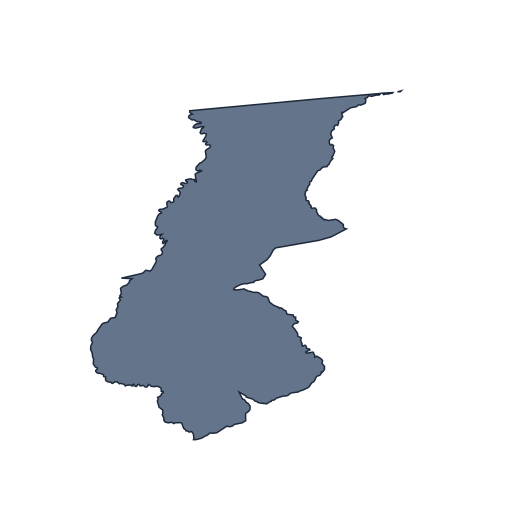 the district of Coxim, Mato Grosso do Sul, Brazil, rotated 73°
{"feature_id": "56859067B2559319027798", "entity_name": "Coxim", "entity_type": "district", "adm_level": 2, "iso_a3": "BRA", "parent_name": "Brazil", "parent_adm1": "Mato Grosso do Sul", "projection": "equal_earth", "projection_center": [-54.652, -18.188], "detail": "fine", "context": "isolated", "style": "filled", "palette": "slate", "viewbox_px": 512, "rotation_deg": 73, "n_neighbors": 0, "source": "geoboundaries", "source_scale": "gbopen_adm2", "svg_char_len": 6154}
<svg xmlns="http://www.w3.org/2000/svg" viewBox="0 0 512 512"><g transform="rotate(73 256 256)"><path d="M382.0,222.7L377.6,224.3L375.6,222.9L374.8,223.1L372.8,224.2L369.6,227.1L369.9,229.5L368.0,228.8L366.4,229.4L365.2,229.2L364.5,229.7L363.8,235.6L363.3,236.5L362.3,236.5L361.6,231.9L360.6,232.1L359.3,234.4L356.2,234.6L355.6,235.5L355.8,237.3L355.4,238.2L353.5,237.6L349.9,238.0L347.4,236.6L345.4,239.0L344.4,239.5L342.2,238.8L337.0,240.4L334.2,241.9L332.6,240.5L331.9,239.1L332.2,235.8L331.2,234.7L328.9,236.9L326.1,235.9L325.2,237.8L323.3,237.6L320.7,243.5L317.4,243.3L315.9,245.0L313.5,246.6L312.8,247.5L312.8,249.2L311.9,249.1L308.3,253.5L304.2,256.5L299.1,256.8L297.8,258.1L296.5,260.9L292.2,263.9L291.0,265.7L289.8,269.6L288.4,271.3L287.2,273.7L285.9,274.8L285.5,275.9L284.1,276.7L282.8,284.6L281.6,287.1L280.5,286.4L279.5,283.5L278.8,278.4L279.1,274.7L279.9,272.8L280.0,268.5L280.6,266.1L279.6,264.5L279.4,262.8L279.8,261.4L279.8,256.2L276.4,252.2L265.6,255.2L262.7,246.4L259.9,242.3L255.1,237.5L254.0,234.7L259.4,191.5L259.7,178.8L256.5,161.7L255.3,163.4L254.2,164.0L251.4,163.3L246.4,166.6L244.2,169.1L243.2,176.4L241.2,179.3L241.3,180.4L239.5,181.2L239.1,182.0L238.3,181.8L237.8,182.7L236.8,182.8L235.7,184.3L231.2,185.1L229.5,184.5L228.6,184.9L227.4,185.4L226.6,188.8L225.6,189.3L224.9,188.7L223.2,189.0L221.2,190.3L220.5,189.5L218.7,189.6L217.7,191.6L216.2,191.6L214.7,190.9L212.4,191.5L209.1,189.9L208.5,189.4L207.9,187.6L207.1,187.9L204.4,185.5L203.4,183.8L201.1,183.1L200.6,181.2L199.1,180.1L192.5,172.0L192.5,169.6L190.9,167.0L190.6,165.5L191.3,162.0L190.4,161.2L189.7,159.3L187.5,157.6L185.2,154.0L184.4,154.8L183.4,154.5L182.9,153.3L179.0,150.1L175.2,150.6L173.0,149.5L171.4,151.1L171.6,152.3L169.3,152.9L167.0,152.1L165.9,150.7L165.4,148.5L161.1,148.9L158.3,146.8L157.5,144.0L155.2,143.6L154.1,141.7L154.3,140.5L155.0,139.8L153.1,138.2L150.9,137.5L150.3,134.9L147.8,132.2L146.8,132.7L145.0,132.0L144.3,132.3L143.7,131.3L144.4,130.8L141.9,122.1L142.5,117.1L142.4,115.7L141.6,114.4L141.6,113.2L142.3,112.0L142.0,107.5L141.6,106.6L138.9,105.3L137.3,105.8L136.9,104.4L137.2,103.4L136.3,102.4L135.9,101.0L137.2,98.7L137.2,94.1L138.1,91.2L137.0,89.2L124.4,148.1L97.7,276.9L99.4,277.3L101.7,275.3L101.8,278.0L102.5,279.3L104.0,280.0L107.2,277.4L107.6,275.4L110.2,273.2L112.0,269.5L113.1,269.9L112.3,274.2L112.8,276.4L114.1,278.3L114.9,278.4L116.1,276.3L116.4,270.1L117.0,268.2L117.8,268.6L118.3,270.8L121.7,273.4L122.9,273.0L123.4,271.8L123.3,270.2L124.6,267.8L126.3,268.5L130.6,273.2L131.3,273.0L131.9,270.0L132.8,269.6L133.8,271.3L134.6,271.5L135.4,270.9L136.1,268.3L136.8,267.5L137.9,267.5L138.7,268.5L140.1,272.9L140.9,273.8L146.8,274.6L148.6,276.3L150.7,281.0L150.7,282.5L153.5,287.2L155.8,288.2L156.8,287.8L157.6,286.8L157.5,284.5L158.8,283.2L159.5,289.2L160.1,290.3L165.3,291.1L166.9,290.9L167.7,291.6L166.8,292.7L164.9,292.5L164.0,294.7L163.3,295.5L162.8,297.5L162.7,301.0L163.5,301.3L164.8,299.9L165.8,300.3L166.2,301.9L164.3,304.8L164.4,306.0L165.0,306.9L165.8,306.9L167.4,305.0L168.4,305.1L169.1,306.0L169.3,307.1L168.7,310.1L169.4,311.4L173.2,309.8L176.5,312.2L176.8,313.3L174.9,313.7L174.8,314.9L177.0,317.9L179.5,318.6L180.3,319.7L180.1,321.7L178.4,322.4L177.9,323.2L178.0,324.2L178.8,325.6L179.5,326.0L182.6,326.2L183.4,327.0L183.9,332.0L183.2,334.2L183.7,335.6L184.5,335.6L186.2,333.8L187.3,333.8L187.4,336.1L189.0,338.3L194.1,342.4L197.2,343.2L198.2,342.8L199.3,341.5L200.5,342.3L201.9,344.5L204.5,346.2L207.1,344.6L207.8,339.5L209.0,341.9L210.7,342.7L211.9,342.0L211.8,340.2L212.6,339.2L216.1,341.6L217.0,341.2L216.7,340.1L214.9,338.2L215.0,336.7L215.8,336.4L216.4,337.9L218.5,339.5L220.6,342.2L221.3,344.4L222.4,344.9L224.3,344.3L225.6,344.5L226.8,345.7L227.4,346.8L227.2,349.2L228.3,351.9L229.6,352.8L231.3,352.6L232.5,353.3L238.4,359.5L239.5,361.6L237.4,365.6L239.0,368.7L239.3,370.5L237.8,391.2L241.5,381.1L242.6,384.2L243.8,384.6L246.0,388.0L246.0,391.3L246.8,394.1L247.6,395.1L252.3,395.7L254.3,397.8L255.9,396.7L255.5,398.4L256.3,399.2L258.0,398.6L258.8,398.9L260.9,402.3L264.3,403.0L266.7,405.5L269.3,405.4L273.6,408.5L273.0,413.3L275.9,417.1L275.6,421.8L276.0,423.0L280.2,428.5L282.5,430.8L284.4,435.0L286.5,437.4L288.5,438.1L290.5,437.5L293.9,440.3L297.0,441.5L301.0,441.0L304.2,441.7L307.4,441.5L311.7,443.2L315.2,442.1L316.8,440.3L317.7,440.8L318.5,442.7L319.4,443.0L321.2,442.2L322.2,441.0L322.6,439.4L324.9,436.6L326.7,436.9L328.0,435.0L329.7,436.0L331.3,436.0L332.8,434.7L334.7,431.2L335.4,431.2L335.9,430.4L335.2,428.0L335.7,425.6L338.2,424.1L338.3,422.7L339.9,419.9L342.1,418.9L341.8,417.4L342.7,413.5L343.7,413.1L344.2,411.8L343.2,411.5L342.8,410.5L344.8,409.9L345.7,409.0L345.6,408.0L344.5,406.8L344.4,405.5L346.3,404.8L346.7,403.8L346.5,402.6L346.9,401.5L348.8,400.3L349.4,398.8L348.9,397.5L347.4,396.5L347.9,395.5L349.8,394.5L351.3,391.4L351.3,389.5L352.7,387.1L354.8,385.3L357.6,386.2L358.5,384.3L359.6,384.6L359.8,386.3L361.9,388.1L362.4,391.5L364.2,391.3L365.9,392.8L372.3,392.9L376.1,390.2L379.4,391.2L380.5,392.1L384.0,391.5L385.9,392.1L388.0,391.7L389.9,388.8L390.2,386.0L390.8,384.8L392.3,383.5L391.9,382.3L392.1,381.2L393.4,376.6L394.3,375.9L399.9,375.5L401.6,374.2L402.7,374.1L403.7,372.2L404.9,371.3L405.0,368.9L407.9,367.9L412.5,368.8L413.3,369.5L414.0,367.6L414.3,362.5L414.0,359.5L413.4,358.3L413.2,355.2L411.8,351.6L412.8,349.4L413.6,345.2L410.2,333.6L411.6,331.1L411.7,329.6L411.6,327.8L410.7,326.1L411.5,317.9L410.5,314.0L404.1,312.2L403.4,311.6L402.8,309.4L401.8,307.5L400.9,306.6L397.8,305.5L394.6,306.7L393.0,308.1L389.9,309.1L389.0,310.7L381.1,312.0L386.8,306.6L388.1,306.6L392.1,300.7L394.5,299.4L395.4,297.7L396.5,297.2L398.2,294.3L400.5,288.9L399.4,285.4L399.5,284.0L398.7,283.3L399.0,280.7L397.9,277.9L397.9,271.0L398.7,267.7L398.5,265.8L397.6,264.2L397.3,262.1L398.4,255.3L397.8,252.8L398.0,251.0L397.2,245.2L396.5,243.3L393.6,239.8L393.2,237.9L392.3,236.4L389.4,233.9L388.8,232.8L388.7,229.7L386.9,227.5L386.0,227.3L386.5,226.4L384.8,224.0L384.0,223.4L383.1,223.6L382.0,222.7ZM137.2,87.7L139.0,86.7L139.1,84.1L140.0,81.4L139.5,80.4L140.3,78.4L139.7,77.4L137.2,87.7ZM140.4,72.7L141.1,69.9L140.5,68.8L140.4,72.7Z" fill="#64748b" stroke="#1e293b" stroke-width="1.5"/></g></svg>